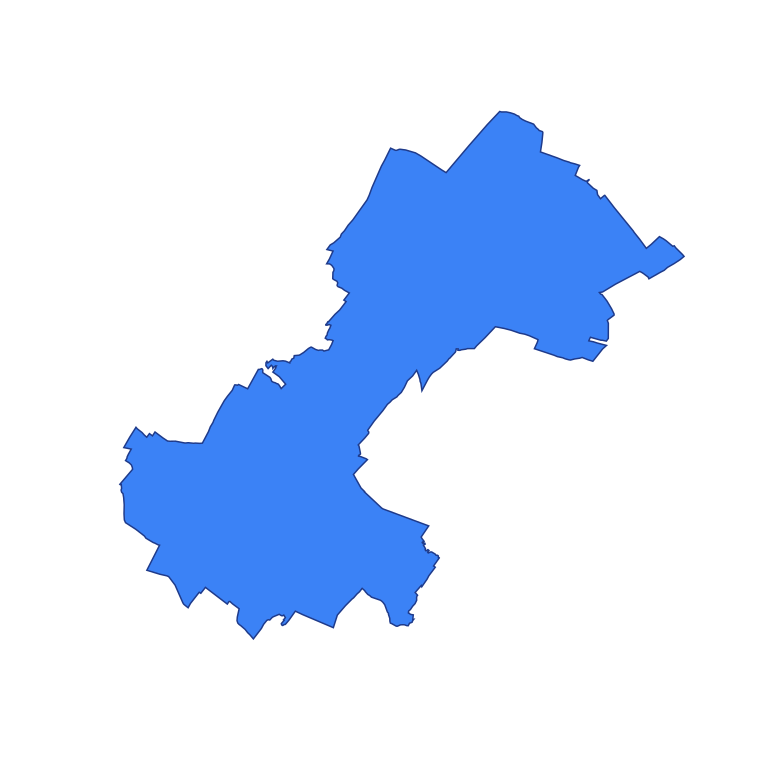 Podu Turcului, Bacau, Romania, rotated 308°
{"feature_id": "2599482B35845485094617", "entity_name": "Podu Turcului", "entity_type": "district", "adm_level": 2, "iso_a3": "ROU", "parent_name": "Romania", "parent_adm1": "Bacau", "projection": "robinson", "projection_center": [27.419, 46.199], "detail": "fine", "context": "isolated", "style": "filled", "palette": "blue", "viewbox_px": 768, "rotation_deg": 308, "n_neighbors": 0, "source": "geoboundaries", "source_scale": "gbopen_adm2", "svg_char_len": 6160}
<svg xmlns="http://www.w3.org/2000/svg" viewBox="0 0 768 768"><g transform="rotate(308 384 384)"><path d="M247.5,538.6L256.8,538.1L260.5,537.4L271.2,537.2L271.1,535.1L281.0,534.6L281.1,534.3L280.7,533.7L282.0,532.5L282.0,531.7L281.1,530.5L281.5,529.2L281.0,525.1L280.6,524.4L279.7,523.7L278.2,523.0L278.1,522.7L278.4,521.8L280.5,521.9L280.5,520.6L278.4,519.7L278.7,518.5L279.8,518.0L281.3,514.2L283.2,515.0L283.7,514.2L282.4,512.5L282.5,511.8L283.2,511.6L284.0,512.5L284.7,512.5L285.6,509.1L286.3,507.5L299.7,506.6L285.0,460.3L284.8,458.6L286.9,435.0L287.3,435.0L287.9,429.9L293.9,415.6L301.3,416.0L314.2,417.5L314.1,415.9L312.3,409.9L311.5,408.6L311.5,408.2L312.2,408.0L314.2,408.6L314.9,408.1L319.8,402.4L320.1,401.2L329.6,402.1L335.6,402.3L336.8,401.6L337.3,399.8L337.9,399.6L348.8,399.1L362.3,399.5L370.1,399.2L373.3,399.9L376.7,400.2L381.8,402.1L383.7,402.1L388.0,402.8L393.9,402.1L400.9,400.5L408.0,401.6L414.9,401.3L412.8,405.1L409.8,409.4L408.3,410.9L407.3,412.6L402.1,418.0L414.3,415.8L417.5,415.4L421.2,415.3L423.5,415.6L430.8,418.2L441.0,419.7L444.2,419.6L444.6,419.9L453.0,420.6L454.1,420.3L456.2,419.3L457.3,420.8L456.1,421.5L457.3,423.1L458.6,423.9L461.8,427.0L463.2,427.9L467.5,433.4L471.2,433.5L482.6,435.1L497.7,436.5L501.8,444.6L504.6,451.0L507.6,459.7L509.9,464.2L511.5,468.8L513.8,478.0L512.5,478.7L510.7,479.3L504.4,480.8L511.4,500.4L512.3,503.7L514.7,508.7L515.4,511.3L516.9,514.8L517.7,516.2L521.1,518.8L524.8,522.3L526.9,523.8L528.8,530.1L530.5,534.6L546.2,534.7L551.4,535.6L547.5,526.6L546.2,523.0L544.1,518.8L546.3,518.2L547.9,517.9L552.1,528.1L552.8,528.9L554.7,532.8L558.0,532.7L570.0,523.4L571.5,520.9L572.6,520.9L579.9,522.9L580.8,522.2L583.4,517.0L586.7,508.5L588.7,500.7L588.3,499.7L588.3,499.0L588.7,497.4L591.1,499.6L605.3,505.0L630.2,516.2L630.7,519.2L630.9,526.2L630.0,528.0L642.4,533.1L646.1,534.8L650.4,535.6L657.3,538.4L664.6,540.9L669.3,541.9L669.8,539.6L670.9,530.3L671.6,527.6L670.3,526.8L670.6,517.8L670.4,514.8L669.7,510.3L658.5,508.6L652.4,507.2L655.5,496.2L657.5,487.7L658.0,486.4L664.7,457.0L668.6,441.9L668.4,441.6L663.3,440.5L664.7,435.7L667.6,432.6L667.1,428.4L667.8,420.5L668.2,419.9L668.7,419.7L671.7,420.0L671.1,419.6L668.5,418.7L668.1,418.3L667.2,414.6L666.1,406.3L674.5,403.8L676.7,403.6L675.0,398.9L673.1,394.6L672.9,393.5L670.8,388.1L668.8,381.2L663.2,364.4L671.6,359.7L679.0,355.0L680.1,354.2L680.4,353.5L679.3,350.1L679.6,349.0L679.7,346.2L680.9,341.9L678.4,333.9L677.6,330.1L677.4,326.9L678.0,325.3L677.4,323.5L677.0,320.6L675.6,316.8L673.7,312.9L670.7,309.1L670.0,307.4L652.1,305.7L624.5,304.2L588.8,302.8L588.2,297.7L586.4,272.9L585.5,266.5L581.8,257.1L579.0,252.3L578.3,251.5L575.9,250.1L575.2,249.2L573.9,244.0L560.9,246.7L554.1,247.8L531.4,253.6L523.7,256.1L518.7,257.3L494.1,258.4L487.1,258.0L480.4,258.5L475.9,258.1L472.8,259.1L464.3,257.5L460.5,256.0L454.8,256.2L457.4,262.0L449.0,264.0L443.4,264.8L445.1,267.1L445.3,268.5L445.3,269.9L444.4,272.8L444.0,273.7L442.4,274.7L440.6,275.0L435.4,278.8L435.4,280.2L436.0,283.7L435.2,285.3L433.0,286.2L432.6,286.7L432.4,287.9L433.5,291.8L433.5,295.1L434.4,300.6L425.4,300.7L425.6,303.4L415.0,303.5L408.8,302.5L398.8,301.9L398.6,301.5L398.3,301.4L396.2,301.8L395.1,301.5L394.6,301.9L394.8,302.3L395.8,303.4L397.0,304.0L397.6,306.0L394.4,307.0L393.0,307.1L389.3,308.0L387.6,309.0L387.0,308.9L386.5,309.1L386.1,308.9L383.9,309.5L384.1,311.4L383.9,312.2L385.2,313.5L386.5,315.9L386.8,317.2L382.8,318.4L376.9,319.4L373.0,316.4L372.9,314.7L371.3,312.6L370.1,311.6L369.1,308.8L368.4,304.2L367.9,303.6L365.5,302.6L359.5,301.3L354.8,299.6L354.3,299.2L351.1,295.8L348.8,297.0L346.8,296.0L345.1,296.5L343.8,296.2L342.6,296.8L341.4,292.4L340.1,290.1L336.4,286.1L334.9,282.6L334.9,281.8L335.1,281.1L329.1,279.4L329.8,277.8L328.1,277.9L325.7,279.7L324.8,283.2L329.4,283.6L329.3,284.7L328.6,286.1L327.9,286.8L329.9,286.8L330.3,287.2L331.4,287.2L332.0,288.1L330.3,288.3L330.2,288.8L325.0,289.1L325.3,297.0L323.3,306.6L317.1,305.8L318.5,302.2L318.8,300.4L318.3,299.3L317.9,297.1L317.4,296.2L317.0,294.4L317.1,293.7L318.6,291.4L319.0,289.9L318.3,281.7L318.7,281.1L320.4,279.9L320.9,278.9L320.8,278.2L318.7,276.8L318.1,276.0L296.3,279.5L294.1,269.7L292.8,269.3L292.1,267.8L291.3,266.9L285.6,268.3L277.9,268.2L272.5,268.4L259.8,270.3L250.6,272.2L248.5,272.9L243.4,273.5L238.4,275.0L225.6,277.3L223.9,275.5L221.2,271.6L220.1,270.5L217.2,265.9L215.0,263.6L210.5,254.8L207.1,250.6L205.8,248.5L205.4,243.0L205.2,233.1L200.6,233.5L200.5,229.7L196.0,229.8L196.2,226.6L196.8,223.2L196.8,217.2L197.2,215.2L185.4,216.4L173.7,218.1L177.1,224.9L171.3,225.8L168.6,226.4L167.0,227.2L164.5,227.5L165.0,231.9L164.7,234.7L163.5,236.8L162.0,238.4L142.3,237.6L142.3,238.3L143.0,238.9L140.2,241.5L138.6,242.1L138.0,242.8L137.2,243.9L136.9,245.8L134.2,248.8L128.8,253.7L121.7,259.0L117.0,263.1L115.6,265.7L116.7,277.8L116.7,288.8L115.9,291.4L117.0,299.9L117.4,300.9L118.2,305.0L118.8,306.4L91.2,311.8L96.1,324.5L99.1,330.9L99.6,332.6L99.5,333.6L96.9,343.2L87.7,360.3L87.2,361.7L87.1,363.6L87.1,367.4L91.9,366.6L106.1,366.6L106.3,368.5L113.8,368.5L114.1,396.0L117.1,395.8L117.8,396.5L117.5,400.0L117.7,408.2L110.0,411.9L107.0,413.9L105.6,416.0L105.3,417.9L105.4,420.1L105.1,425.7L104.1,429.7L103.8,432.8L102.7,438.0L115.9,437.9L120.5,437.1L125.6,437.2L127.0,437.9L127.7,439.3L131.2,439.6L132.5,440.1L138.0,443.2L138.3,445.8L139.0,446.8L140.2,447.3L139.2,450.1L136.3,450.0L136.3,450.8L132.0,450.6L131.4,451.3L131.1,452.3L131.4,452.9L133.0,453.4L133.6,454.1L134.4,454.3L139.4,454.5L150.4,454.0L152.2,461.9L160.8,494.1L173.2,489.5L185.6,490.1L194.8,491.2L196.8,491.7L202.0,492.0L205.2,492.6L209.5,492.6L209.3,496.1L208.9,496.9L208.2,500.8L208.5,503.1L208.3,505.3L211.3,514.0L211.5,515.5L211.3,517.6L210.5,520.5L206.4,527.1L206.1,528.6L205.1,529.5L202.9,532.8L200.6,534.8L199.5,536.2L199.9,537.5L200.7,542.7L201.4,543.7L204.4,545.3L206.1,547.3L206.9,548.5L207.6,550.7L208.4,551.9L211.2,551.4L213.5,552.8L215.3,552.3L216.9,552.3L216.2,551.6L220.1,549.2L218.9,546.9L218.6,544.2L219.3,544.0L219.4,543.6L220.6,543.2L222.4,543.7L226.5,543.4L230.0,543.7L233.7,542.9L235.7,541.2L237.2,540.5L238.2,540.5L238.9,536.9L248.2,537.4L247.5,538.6Z" fill="#3b82f6" stroke="#1e3a8a" stroke-width="1.5"/></g></svg>